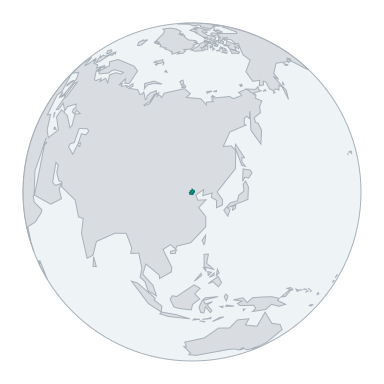 Beijing on an orthographic globe
{"feature_id": "CHN-1155", "entity_name": "Beijing", "entity_type": "Municipality", "adm_level": 1, "iso_a3": "CHN", "parent_name": "China", "parent_adm1": "", "projection": "orthographic", "projection_center": [116.383, 40.244], "detail": "fine", "context": "on_globe", "style": "filled", "palette": "teal", "viewbox_px": 384, "rotation_deg": 0, "n_neighbors": 0, "source": "natural_earth", "source_scale": "10m", "svg_char_len": 12231}
<svg xmlns="http://www.w3.org/2000/svg" viewBox="0 0 384 384"><circle cx="192" cy="192" r="169" fill="#eef3f6" stroke="#a8b0b8"/><path d="M337.4,274.3L337.2,275.0L337.4,274.3ZM307.5,68.6L308.6,69.8L304.4,67.9L290.6,60.7L290.6,59.2L287.2,58.0L287.1,60.0L287.8,61.6L276.1,63.2L273.7,73.3L278.6,79.4L273.1,76.2L286.2,90.2L288.5,99.4L282.4,87.3L279.1,84.9L278.9,90.1L275.5,88.8L273.4,90.7L269.4,88.8L266.1,82.3L263.4,81.1L263.5,84.9L259.4,85.7L259.7,80.3L252.7,81.3L245.9,71.6L250.1,60.1L243.0,54.8L238.2,43.4L235.1,43.6L231.4,39.9L226.6,38.9L227.1,37.5L222.7,38.0L223.2,39.5L221.5,40.3L218.7,40.0L218.8,38.0L220.2,37.9L218.8,37.1L220.1,36.3L217.9,36.5L218.4,34.4L213.7,36.1L210.6,34.0L212.1,32.8L217.3,33.5L233.9,33.6L237.0,33.3L236.1,31.7L222.9,27.1L224.1,26.7L221.7,25.8L218.6,25.5L219.3,26.2L212.8,25.7L214.5,27.0L212.1,27.2L211.6,28.7L205.9,28.0L200.5,26.6L200.6,25.5L198.3,25.0L193.4,25.9L189.0,24.2L178.2,24.0L177.7,23.8L185.2,23.2L197.2,23.1L198.8,23.2L210.8,24.1L222.7,25.9L234.4,28.5L246.0,31.9L257.2,36.1L268.2,41.2L278.7,47.0L288.8,53.5L298.4,60.7L307.5,68.6ZM351.7,153.9L350.4,151.3L351.2,151.1L351.7,153.9ZM349.5,151.1L350.0,151.7L349.6,151.4L349.5,151.1ZM349.2,151.8L349.4,151.3L349.3,152.2L349.2,151.8ZM348.9,153.1L349.0,152.3L349.1,152.5L348.9,153.1ZM348.0,154.3L347.7,154.4L347.6,153.4L348.0,154.3ZM288.6,62.6L287.4,60.2L288.8,59.1L290.3,61.2L288.6,62.6ZM285.4,65.4L283.9,63.7L287.8,64.6L287.4,65.3L285.4,65.4ZM282.9,84.4L282.5,81.6L284.0,84.8L282.9,84.4ZM273.9,91.3L275.1,92.6L273.5,93.0L273.9,91.3ZM214.8,29.1L213.3,28.9L214.2,28.7L214.8,29.1ZM216.1,30.0L218.3,29.9L219.2,30.3L217.8,30.4L216.1,30.0ZM265.8,90.7L262.9,91.3L265.3,89.5L265.8,90.7ZM213.2,30.0L220.6,31.1L222.1,32.0L218.3,32.9L213.2,30.0ZM260.9,90.9L254.0,92.8L256.0,95.7L246.3,89.0L255.4,89.4L258.0,86.7L258.4,89.4L260.9,90.9ZM224.6,40.2L224.0,38.5L227.1,40.3L224.6,40.2ZM227.0,41.2L239.2,46.1L238.7,48.7L234.7,46.4L236.2,50.2L230.0,49.0L227.8,46.6L229.3,45.1L225.8,45.8L227.0,41.2ZM242.1,85.3L239.9,84.9L241.6,84.1L242.1,85.3ZM221.0,40.8L223.5,41.5L223.3,43.7L218.3,42.8L220.0,42.3L221.0,40.8ZM239.6,52.0L238.6,53.7L233.3,53.0L232.1,53.7L229.8,49.2L239.6,52.0ZM218.6,41.7L215.7,42.3L213.2,41.1L218.6,40.3L218.6,41.7ZM225.4,44.7L225.0,45.8L223.6,44.8L225.4,44.7ZM202.9,37.3L205.9,37.8L206.0,38.9L202.9,37.3ZM214.8,42.7L215.7,43.1L216.1,43.7L213.7,43.9L214.8,42.7ZM226.2,49.2L224.2,48.7L226.9,51.0L223.0,50.8L222.2,47.9L220.9,49.1L219.7,49.1L220.4,46.8L226.2,49.2ZM212.5,45.9L210.1,42.6L204.5,41.3L204.3,40.2L213.3,42.5L212.5,45.9ZM217.1,46.6L214.2,45.9L215.3,44.7L218.0,44.5L217.1,46.6ZM220.7,51.8L226.9,52.8L226.8,53.4L220.7,51.8ZM210.7,45.8L211.3,46.6L210.1,45.8L210.7,45.8ZM217.4,50.2L219.6,50.3L219.5,51.0L217.4,50.2ZM210.7,48.2L209.9,47.1L211.7,46.8L210.7,48.2ZM213.6,49.3L212.9,50.2L212.8,47.4L214.6,49.2L213.6,49.3ZM216.9,50.8L217.6,51.3L216.0,50.6L216.9,50.8ZM204.4,50.0L203.8,46.6L207.8,45.9L207.8,49.3L204.4,50.0ZM75.8,69.4L76.1,69.3L70.7,75.1L63.5,88.6L61.7,91.6L57.0,95.2L47.3,115.0L50.6,114.3L47.1,130.0L48.3,137.7L58.4,129.9L56.5,116.9L61.6,109.7L67.4,115.7L69.9,127.9L72.0,125.5L75.0,114.1L80.2,113.6L76.5,110.1L74.6,113.9L72.2,112.0L73.9,108.4L75.7,108.2L76.2,104.0L67.6,106.6L64.7,110.8L63.3,103.2L58.3,109.7L56.3,109.5L64.0,98.5L66.8,96.5L77.2,82.2L74.1,83.6L64.1,97.3L65.2,94.6L61.0,97.3L65.0,93.1L76.8,78.4L78.6,72.4L72.9,73.2L75.7,69.8L81.7,64.2L91.8,57.3L84.5,65.8L88.0,64.1L96.4,58.0L93.4,61.3L95.9,60.1L93.9,63.4L97.7,64.7L96.6,68.0L104.7,65.5L105.2,67.1L100.3,67.9L96.3,70.6L94.4,79.7L95.9,80.6L101.3,78.4L100.1,81.5L105.6,78.3L107.7,82.9L109.7,74.8L116.1,72.7L120.9,74.2L123.4,72.3L115.5,69.9L112.0,70.4L108.5,73.0L99.4,73.9L98.6,71.5L109.5,65.6L109.6,61.8L118.1,59.5L134.2,66.2L137.5,71.0L129.3,83.5L124.8,83.4L125.5,78.7L118.8,85.1L122.2,83.6L121.2,86.3L127.1,85.5L126.7,87.5L133.0,83.7L133.1,86.0L129.1,88.3L137.9,89.8L139.9,94.5L142.1,94.0L143.8,92.0L145.2,99.7L146.8,99.0L146.9,96.1L150.1,93.0L156.3,90.6L156.4,93.3L154.2,94.6L149.8,101.6L143.9,104.8L144.6,105.8L149.8,103.6L155.1,95.0L158.8,92.8L156.9,97.0L157.9,95.3L159.7,95.1L161.7,97.6L164.1,93.2L184.5,88.7L190.4,93.6L186.4,97.5L200.8,98.7L206.3,104.9L206.4,102.2L213.4,101.5L211.8,99.5L212.3,98.2L229.5,96.5L233.6,98.6L241.2,95.6L241.2,94.3L238.6,92.5L246.3,89.0L256.0,95.7L255.4,98.2L261.9,101.0L259.5,106.5L260.5,112.7L254.2,117.7L255.6,122.5L258.0,123.1L261.6,130.4L260.9,144.1L250.9,130.3L250.0,111.2L249.4,118.5L246.4,116.2L244.3,118.5L244.2,124.0L246.1,125.0L229.8,132.0L223.3,146.4L231.4,146.0L235.7,150.6L235.4,168.7L217.1,191.9L222.6,199.9L222.4,205.0L216.5,207.8L216.6,200.4L211.3,197.4L212.2,193.0L202.7,195.7L203.7,189.6L195.8,195.0L197.9,200.2L206.0,199.8L198.7,207.6L205.8,216.7L205.8,226.8L190.7,242.7L176.7,246.1L175.6,249.0L170.5,244.7L163.0,249.4L171.8,267.4L171.3,272.0L159.5,278.6L159.4,275.2L145.9,264.0L142.8,274.2L153.0,285.3L156.4,295.8L148.3,291.1L144.9,281.6L140.1,277.3L141.9,268.4L138.8,253.1L130.7,253.5L131.7,247.8L126.2,233.3L114.8,233.2L96.4,241.5L93.1,255.1L87.1,258.3L81.5,233.4L83.2,218.5L78.6,217.0L75.1,200.0L61.6,186.7L61.9,181.9L58.9,180.9L56.8,172.7L58.2,165.2L55.9,162.4L52.6,182.3L55.4,185.5L60.9,183.5L59.2,189.5L61.5,198.7L50.7,204.2L34.4,195.1L36.7,184.1L44.4,145.2L46.4,143.0L46.6,142.6L46.9,141.9L43.6,144.8L46.3,137.8L38.0,162.1L34.9,170.7L34.1,195.4L33.2,195.8L34.2,202.2L41.9,209.8L41.1,212.9L35.1,222.2L27.8,226.7L31.0,242.2L34.0,251.8L30.0,240.1L26.9,228.1L24.7,215.9L23.4,203.5L23.0,191.1L23.6,178.8L25.0,166.5L27.3,154.3L30.5,142.3L34.6,130.6L39.5,119.2L45.3,108.3L51.8,97.7L59.1,87.7L67.1,78.2L75.8,69.4ZM68.6,146.9L72.7,154.2L77.7,144.5L79.7,146.6L80.7,142.7L78.0,143.8L81.5,133.7L85.7,134.9L88.7,131.4L87.5,128.8L79.2,128.4L74.2,142.6L70.3,143.7L68.6,146.9ZM181.0,23.4L177.9,23.7L179.1,23.5L177.6,23.7L181.0,23.4ZM192.9,23.0L193.7,23.0L193.1,23.0L192.0,23.0L192.9,23.0ZM111.9,51.3L108.9,53.3L106.5,53.7L107.9,50.6L111.5,49.9L111.9,51.3ZM105.4,56.2L115.8,51.9L115.4,54.0L113.9,53.5L112.5,55.3L109.7,55.0L99.1,61.7L96.2,62.6L100.4,55.8L100.6,57.4L103.4,55.1L105.4,56.2ZM143.3,40.6L147.8,39.7L141.0,45.2L137.6,45.5L138.7,42.1L143.5,39.9L143.3,40.6ZM205.0,31.9L207.2,31.9L207.2,32.3L205.3,32.7L205.0,31.9ZM204.3,37.5L195.5,32.7L197.5,32.4L190.0,30.5L192.4,29.0L197.2,30.1L193.4,27.8L198.7,28.2L195.5,26.9L206.1,29.6L210.7,30.2L204.6,30.1L202.2,31.4L202.6,32.2L207.2,35.0L216.0,37.3L215.1,39.4L212.1,40.2L209.8,40.0L211.1,38.6L207.2,39.3L207.3,37.2L204.3,37.5ZM177.5,53.9L179.9,51.6L172.0,54.2L172.1,51.4L171.2,51.9L169.1,50.2L165.0,49.0L165.9,47.8L163.9,47.9L162.5,46.9L160.1,46.7L160.8,44.5L157.9,44.1L159.8,43.3L154.7,43.4L158.8,42.4L157.4,41.2L154.1,42.8L163.7,33.2L164.5,30.6L162.9,29.1L170.2,28.1L176.4,29.0L181.0,31.4L179.2,34.3L182.9,33.5L183.1,34.8L180.1,34.9L184.8,35.5L184.2,36.7L188.3,39.9L195.5,40.6L197.1,42.0L194.0,42.3L197.9,43.5L193.1,45.2L194.2,46.3L190.6,49.2L184.0,49.4L185.7,50.7L183.1,53.2L177.5,53.9ZM203.2,50.7L195.2,51.2L191.3,50.1L199.2,45.6L198.9,44.4L203.8,41.8L209.2,43.6L207.3,44.1L206.8,45.1L205.3,44.1L206.0,45.6L203.4,46.5L203.3,47.9L200.8,47.6L203.2,50.7ZM62.9,91.9L62.1,93.7L61.7,96.0L59.0,97.9L62.9,91.9ZM70.8,81.7L70.6,82.8L66.6,86.2L67.4,84.5L70.8,81.7ZM73.8,80.7L70.9,82.6L73.0,80.5L73.8,80.7ZM100.4,69.0L100.6,70.2L99.3,71.0L97.6,71.1L100.4,69.0ZM153.9,62.4L156.0,60.9L156.9,61.3L162.8,59.7L163.2,61.9L159.7,63.7L153.9,62.4ZM56.1,129.4L53.8,129.1L54.5,127.0L55.2,127.5L56.1,129.4ZM54.9,112.6L53.6,117.7L54.2,113.1L54.9,112.6ZM155.4,64.5L157.8,63.6L156.5,65.3L155.4,64.5ZM163.8,63.4L162.8,65.3L163.9,62.0L163.8,63.4ZM40.0,265.8L37.8,260.5L39.7,262.9L39.7,260.3L43.2,268.9L47.4,279.4L40.0,265.8ZM199.5,320.9L204.7,321.5L204.6,322.0L199.5,320.9ZM194.0,318.9L200.0,319.3L193.0,320.0L194.0,318.9ZM202.3,319.4L208.4,318.4L211.0,317.5L210.5,318.6L202.3,319.4ZM190.0,318.8L168.4,316.5L159.9,313.8L161.9,312.1L175.5,314.5L190.0,318.8ZM161.2,311.9L148.4,303.6L131.5,281.1L137.5,283.0L155.3,298.3L154.2,300.0L161.9,306.1L161.2,311.9ZM192.5,304.5L191.3,309.9L179.3,308.5L173.9,307.0L170.1,299.3L172.2,295.8L176.7,296.5L194.2,284.8L200.2,288.4L194.7,293.7L199.7,299.0L192.5,304.5ZM93.6,256.7L96.3,266.6L93.1,266.4L93.6,256.7ZM201.6,275.5L194.3,281.2L201.0,273.4L201.6,275.5ZM205.7,267.8L206.0,271.0L203.3,267.9L205.7,267.8ZM175.1,253.5L170.5,253.6L170.5,251.3L176.5,249.8L175.1,253.5ZM205.6,235.2L205.0,242.3L203.9,244.7L202.1,240.3L205.6,235.2ZM162.0,84.0L153.3,83.5L147.3,85.1L144.3,88.9L144.7,83.6L154.0,81.1L162.0,84.0ZM181.7,87.7L184.3,84.8L185.7,86.5L185.3,87.4L181.7,87.7ZM181.5,85.7L179.9,81.4L183.0,80.1L183.6,83.7L181.5,85.7ZM167.3,72.2L164.7,71.8L165.8,70.4L167.3,72.2ZM252.6,349.6L252.8,348.9L259.5,346.5L256.4,348.1L252.6,349.6ZM229.1,349.3L196.0,355.4L188.7,354.7L190.5,353.1L183.9,346.6L186.3,346.9L184.8,342.1L204.4,337.9L218.5,328.1L229.4,328.0L237.6,319.9L248.9,318.8L245.4,325.0L257.0,326.3L265.1,312.2L271.9,323.3L280.1,324.5L282.1,329.5L266.3,342.6L257.5,346.7L255.9,346.8L252.2,348.5L246.7,349.8L243.8,348.5L240.2,350.0L243.8,347.4L238.5,350.1L235.7,349.0L229.1,349.3ZM309.3,305.4L310.8,304.7L313.2,304.6L310.7,306.1L309.3,305.4ZM333.4,280.6L334.0,280.6L332.4,282.5L333.4,280.6ZM337.1,275.2L335.2,277.7L337.4,274.3L337.1,275.2ZM318.0,293.6L318.7,293.8L318.1,294.5L318.0,293.6ZM317.4,293.8L318.4,292.0L318.2,293.3L317.4,293.8ZM310.0,291.6L311.0,290.4L311.4,290.7L310.0,291.6ZM212.5,321.5L219.8,317.4L223.8,316.9L212.5,321.5ZM308.6,290.9L306.1,292.0L306.4,291.1L308.6,290.9ZM308.8,289.0L308.5,288.1L310.0,289.8L308.8,289.0ZM304.1,288.9L307.1,289.4L303.7,289.3L304.1,288.9ZM302.3,290.0L300.1,290.1L300.2,289.7L302.3,290.0ZM277.4,300.4L285.6,304.3L279.0,306.3L271.5,304.3L265.7,309.5L252.5,311.5L255.6,308.6L253.8,305.2L240.1,305.6L237.4,303.4L242.2,301.1L233.3,299.9L243.1,297.8L247.1,302.6L252.7,297.7L262.3,297.0L271.7,296.7L279.2,298.4L277.4,300.4ZM243.2,309.2L244.9,309.0L243.4,310.6L243.2,309.2ZM295.9,289.1L299.1,290.2L298.7,291.0L297.1,291.2L295.9,289.1ZM280.9,297.1L289.0,290.4L290.9,289.8L285.6,296.3L280.9,297.1ZM287.1,288.3L290.8,287.6L292.8,289.3L292.0,290.2L287.1,288.3ZM223.1,306.2L222.7,307.6L220.2,306.6L223.1,306.2ZM226.4,305.1L234.1,306.1L225.7,306.4L226.4,305.1ZM203.2,300.4L205.4,303.9L212.5,301.7L207.1,304.9L211.9,310.6L210.3,312.6L205.5,306.6L203.9,312.8L200.8,312.6L199.0,307.2L202.1,300.6L205.3,297.8L218.0,296.6L203.2,300.4ZM226.3,300.9L224.3,296.9L225.8,294.0L228.0,296.1L226.3,300.9ZM218.3,286.8L213.1,281.7L208.2,283.6L218.1,276.4L221.6,282.5L218.3,286.8ZM214.0,275.4L209.4,277.2L214.2,273.0L214.0,275.4ZM208.3,275.5L207.8,271.7L211.4,272.3L208.3,275.5ZM216.4,275.6L217.4,269.3L219.1,273.0L216.4,275.6ZM206.6,263.3L214.1,269.6L204.1,266.8L204.1,254.3L208.4,254.1L206.6,263.3ZM232.7,210.3L231.9,206.5L235.8,205.4L235.3,208.3L232.7,210.3ZM247.9,199.4L236.6,203.9L227.4,207.8L230.1,209.5L227.8,216.2L223.8,210.1L230.5,202.6L237.4,200.9L238.7,195.2L244.0,191.1L243.2,184.2L245.6,181.0L248.4,186.9L247.9,199.4ZM242.6,181.3L243.1,168.9L250.4,170.1L252.0,173.0L248.6,178.1L244.9,177.2L242.6,181.3ZM245.4,166.3L241.8,165.4L235.1,147.6L235.6,144.2L244.5,157.8L241.7,157.7L242.0,162.1L245.4,166.3ZM240.5,86.4L240.0,85.1L241.7,86.1L240.5,86.4ZM211.3,97.1L212.4,95.5L214.3,96.6L211.3,97.1ZM216.4,91.7L213.4,91.6L216.5,90.6L216.4,91.7ZM206.8,91.6L212.2,91.0L207.1,93.3L206.8,91.6Z" fill="#d9dde1" stroke="#a8b0b8" stroke-width="1"/><path d="M194.2,191.9L194.2,192.1L194.1,192.3L193.9,192.4L193.5,192.5L193.4,192.6L193.0,192.6L192.9,192.6L192.8,192.8L192.9,193.0L193.0,193.1L193.2,193.3L193.1,193.5L193.0,193.8L192.9,193.9L192.7,193.9L192.4,193.9L192.4,194.0L192.1,194.1L192.2,194.3L191.9,194.3L191.7,194.2L191.4,194.0L191.2,194.0L190.9,194.0L190.7,194.1L190.4,194.1L190.4,193.9L190.2,193.9L189.9,193.8L189.9,193.4L190.0,193.4L190.1,193.2L190.0,192.9L189.9,192.9L189.8,192.7L190.0,192.7L190.2,192.4L190.7,192.3L190.8,192.2L191.0,192.0L191.0,191.9L191.0,191.7L190.9,191.7L190.5,191.1L190.9,190.9L191.1,191.0L191.2,190.9L191.4,190.8L191.6,190.5L191.8,190.5L192.0,190.5L192.2,190.4L191.9,190.1L192.0,190.0L192.2,189.9L192.3,189.9L192.5,189.8L192.5,189.7L192.6,189.8L192.7,190.0L192.8,190.0L193.0,190.3L193.2,190.5L193.3,190.6L193.5,190.7L193.8,190.7L194.1,190.8L194.3,190.7L194.5,190.8L194.4,190.8L194.3,191.0L194.2,190.9L194.1,191.0L193.9,191.0L193.8,191.3L193.9,191.5L194.0,191.8L194.2,191.9Z" fill="#14b8a6" stroke="#0f766e" stroke-width="1.5"/></svg>